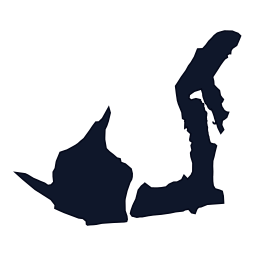 Brass, Bayelsa, Nigeria (Equal Earth projection)
{"feature_id": "59680162B87797979497124", "entity_name": "Brass", "entity_type": "district", "adm_level": 2, "iso_a3": "NGA", "parent_name": "Nigeria", "parent_adm1": "Bayelsa", "projection": "equal_earth", "projection_center": [6.404, 4.514], "detail": "fine", "context": "isolated", "style": "filled", "palette": "ink", "viewbox_px": 256, "rotation_deg": 0, "n_neighbors": 0, "source": "geoboundaries", "source_scale": "gbopen_adm2", "svg_char_len": 5210}
<svg xmlns="http://www.w3.org/2000/svg" viewBox="0 0 256 256"><path d="M220.8,133.3L222.4,131.3L223.7,129.7L221.6,125.0L222.3,120.4L224.7,118.9L226.7,117.3L228.6,112.3L226.7,112.1L224.2,110.6L221.7,106.6L220.9,103.3L222.4,101.6L223.4,99.4L222.0,97.9L220.3,95.5L219.4,90.5L216.7,88.0L213.9,85.0L213.6,81.0L212.6,76.9L217.5,69.4L220.2,65.1L222.8,61.4L224.8,58.9L227.4,57.3L226.9,55.2L229.0,53.6L230.6,53.7L230.7,52.4L230.9,50.6L232.3,48.3L234.4,46.9L236.6,45.4L238.6,40.8L240.6,35.9L238.0,33.4L235.2,32.4L232.4,31.2L227.8,31.1L224.5,31.0L220.1,32.2L217.7,33.0L217.1,33.3L214.2,35.6L212.2,37.9L208.7,41.4L208.4,41.9L206.0,45.2L202.7,48.8L197.6,49.0L194.5,56.9L191.2,62.5L188.7,65.8L188.3,66.5L186.0,70.7L181.4,77.1L177.6,83.1L175.6,86.1L176.5,93.5L177.5,100.4L177.9,101.7L178.3,103.2L178.6,104.1L182.0,112.5L182.1,114.0L182.5,117.5L182.6,118.5L183.5,118.9L185.0,119.8L185.3,120.0L184.9,120.6L184.7,121.3L185.0,121.9L184.8,128.2L186.8,126.9L187.9,129.3L187.5,130.6L188.3,131.4L190.8,133.7L189.8,139.4L190.0,140.7L191.5,141.6L192.5,142.6L191.1,145.5L192.1,150.2L190.6,152.9L191.0,156.7L192.9,163.0L192.8,171.6L191.2,175.1L187.6,179.1L184.0,175.3L181.8,179.7L177.2,182.1L173.6,182.2L169.1,184.3L166.1,187.0L161.2,187.8L157.0,188.1L151.2,188.0L149.0,186.4L148.2,185.8L144.8,183.2L143.9,184.1L141.4,186.1L138.3,190.1L136.0,199.1L133.9,203.4L133.1,205.2L133.0,205.3L132.9,205.5L132.8,206.1L132.7,206.2L132.5,206.7L131.1,210.7L130.5,213.6L132.2,216.1L133.6,216.3L135.2,216.8L136.8,217.2L139.0,216.9L139.5,216.7L142.3,216.7L147.6,215.7L148.5,215.5L148.8,215.5L152.9,214.9L161.6,214.1L170.0,212.9L175.7,211.7L183.0,210.9L184.9,209.8L188.6,209.1L191.6,212.7L195.1,213.5L196.8,209.1L198.6,207.1L201.0,206.8L207.2,204.3L223.6,203.1L223.3,197.2L223.2,195.8L222.2,191.3L219.6,190.2L215.1,188.9L214.1,187.3L213.2,185.8L212.8,182.9L212.6,181.3L212.5,176.3L212.6,175.5L212.7,171.7L212.6,168.6L212.5,166.2L212.7,160.8L213.9,156.6L214.8,152.4L215.8,148.4L216.5,145.8L216.1,145.5L215.9,145.2L215.2,144.6L214.7,144.1L213.6,144.0L213.0,143.9L212.7,143.8L212.3,143.7L212.0,143.6L211.6,143.5L211.3,143.4L210.9,143.3L210.7,143.1L210.4,142.9L210.3,142.7L210.2,142.6L210.1,142.4L210.0,142.1L209.9,142.1L209.8,141.8L209.7,141.7L209.6,141.2L209.5,140.7L209.4,140.3L209.3,139.9L209.2,139.8L209.2,139.5L209.1,139.1L209.0,138.6L208.9,138.0L208.8,137.4L208.8,137.1L208.7,136.6L208.5,136.1L208.4,136.0L208.3,135.8L208.3,135.5L208.2,135.2L208.0,134.3L207.9,133.9L207.9,133.1L207.8,132.6L207.8,132.3L207.7,132.0L207.6,131.8L207.5,131.4L207.4,131.0L207.4,130.6L207.4,130.3L207.3,130.0L207.3,128.8L207.3,128.7L207.4,128.0L207.4,127.4L207.3,126.9L207.2,126.5L207.1,126.4L207.0,125.9L206.9,125.5L206.9,125.2L206.8,124.6L206.7,124.2L206.6,123.7L206.5,123.1L206.5,122.8L206.5,121.9L206.5,121.6L206.7,121.4L206.8,121.1L206.8,120.6L206.7,120.5L206.6,120.4L206.4,120.3L206.4,118.9L206.3,118.3L206.2,117.2L206.2,116.9L206.2,116.7L206.3,116.4L206.4,116.2L206.5,115.8L206.5,115.0L206.6,114.2L206.7,113.9L206.7,113.5L206.6,113.1L206.5,112.9L206.5,112.7L206.4,112.5L206.3,112.3L206.1,112.0L205.9,111.8L205.7,111.7L205.4,111.5L205.3,111.4L205.1,111.3L205.0,111.2L204.9,110.9L204.7,110.8L204.7,110.6L204.6,110.4L204.5,110.2L204.4,109.7L204.3,109.2L204.2,108.7L204.2,108.2L204.1,107.8L204.0,107.7L203.9,107.6L203.8,107.4L203.7,107.2L203.5,106.9L203.5,106.6L203.6,105.6L203.6,104.5L203.5,104.2L203.4,104.0L203.3,103.8L203.3,103.7L202.2,103.5L202.0,103.4L201.9,103.2L201.7,103.1L201.5,102.8L201.4,102.7L201.3,102.2L201.2,101.8L201.1,101.6L201.1,101.4L200.9,101.2L200.7,101.1L200.6,100.9L200.3,100.7L200.2,100.5L200.2,100.3L200.1,100.0L200.1,99.9L200.2,99.7L195.9,98.7L193.2,99.4L191.3,100.1L188.9,98.3L189.3,94.8L194.2,91.3L201.4,89.0L202.9,93.7L202.9,95.2L203.2,96.9L204.9,101.8L205.5,103.3L206.9,104.5L208.4,107.7L209.8,109.1L211.0,109.7L211.5,109.3L213.0,112.5L214.3,116.3L214.8,118.4L215.2,119.6L215.8,121.2L215.7,123.1L215.6,123.3L215.5,123.5L214.5,123.5L214.3,123.4L214.2,123.3L213.9,123.2L213.7,123.0L213.7,122.7L213.4,122.4L213.1,122.3L213.1,122.5L213.3,122.7L213.4,122.8L213.5,123.3L213.8,123.5L214.1,123.6L214.4,123.8L215.5,123.7L215.8,123.4L215.9,123.2L216.0,123.2L216.0,122.6L216.0,121.7L216.4,122.9L217.3,125.0L217.7,126.8L218.3,128.3L220.8,133.3ZM15.4,172.5L23.0,179.3L35.1,189.4L51.0,199.5L55.2,204.9L54.9,208.3L60.6,210.9L64.3,212.5L78.7,217.9L83.0,218.4L86.4,221.3L86.4,222.8L86.5,224.2L87.5,225.0L89.9,224.7L93.7,224.5L96.5,224.2L101.9,223.1L113.2,222.3L117.8,222.1L124.3,221.8L126.6,221.4L127.2,219.4L126.8,216.1L125.7,212.8L125.0,210.8L124.8,201.0L125.0,198.8L126.9,190.7L129.8,182.4L131.5,179.4L132.1,176.9L132.2,173.5L131.1,168.9L125.3,164.0L120.9,162.4L120.1,158.8L116.9,158.0L113.0,154.6L109.2,151.7L106.1,148.5L104.6,139.6L104.6,137.4L104.7,134.5L104.9,129.3L106.6,125.8L108.2,121.1L110.2,112.8L108.7,107.3L106.6,111.1L102.5,118.5L98.9,122.0L95.8,122.1L92.6,126.4L89.8,130.6L89.0,131.7L84.0,138.6L80.7,141.3L78.2,143.6L75.6,145.4L72.2,147.3L67.2,150.0L66.6,150.2L60.1,152.4L58.7,155.9L56.5,161.2L56.2,162.7L55.3,168.3L53.2,172.0L53.2,176.4L53.8,182.0L51.2,184.9L48.8,185.3L47.9,185.5L45.8,184.0L44.6,183.2L40.3,181.5L37.7,180.3L33.4,178.5L27.8,175.1L25.3,173.9L23.4,173.6L15.4,172.5Z" fill="#0f172a" stroke="#020617" stroke-width="1.5"/></svg>